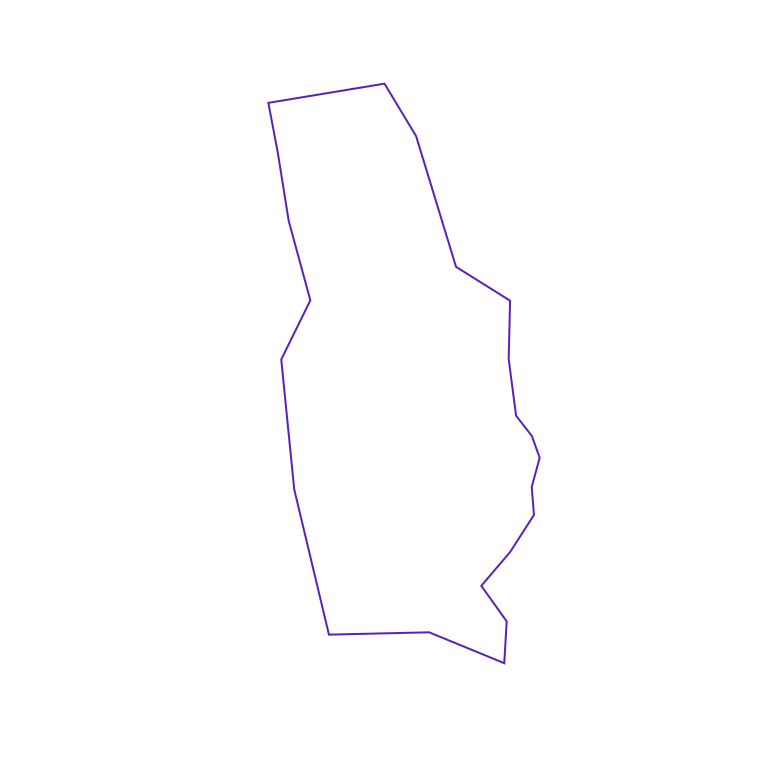 outline of Sironko, rotated 247°
{"feature_id": "UGA-3114", "entity_name": "Sironko", "entity_type": "County", "adm_level": 1, "iso_a3": "UGA", "parent_name": "Uganda", "parent_adm1": "", "projection": "natural_earth1", "projection_center": [34.329, 1.164], "detail": "fine", "context": "isolated", "style": "outline", "palette": "violet", "viewbox_px": 768, "rotation_deg": 247, "n_neighbors": 0, "source": "natural_earth", "source_scale": "10m", "svg_char_len": 441}
<svg xmlns="http://www.w3.org/2000/svg" viewBox="0 0 768 768"><g transform="rotate(247 384 384)"><path d="M599.6,510.4L463.7,496.1L411.4,532.6L358.2,508.5L303.2,493.2L278.4,499.8L255.3,498.5L231.4,479.7L204.9,470.9L180.1,434.5L160.2,394.7L117.6,404.2L80.0,385.6L137.8,328.5L174.8,235.4L322.1,260.2L446.7,299.0L489.8,348.9L571.3,360.0L638.3,376.6L688.0,387.4L660.3,501.8L599.6,510.4Z" fill="none" stroke="#5b21b6" stroke-width="2"/></g></svg>